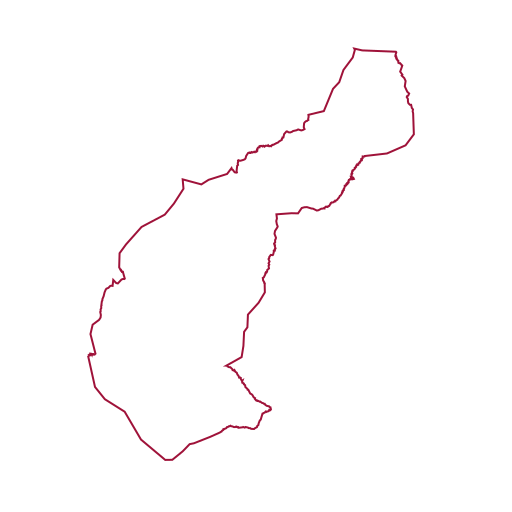 outline of O'mnodelger, Hentiy, Mongolia, rotated 76°
{"feature_id": "93677404B98015176307240", "entity_name": "O'mnodelger", "entity_type": "district", "adm_level": 2, "iso_a3": "MNG", "parent_name": "Mongolia", "parent_adm1": "Hentiy", "projection": "robinson", "projection_center": [109.533, 48.49], "detail": "fine", "context": "isolated", "style": "outline", "palette": "rose", "viewbox_px": 512, "rotation_deg": 76, "n_neighbors": 0, "source": "geoboundaries", "source_scale": "gbopen_adm2", "svg_char_len": 6105}
<svg xmlns="http://www.w3.org/2000/svg" viewBox="0 0 512 512"><g transform="rotate(76 256 256)"><path d="M176.1,73.4L155.5,69.0L153.5,69.0L151.8,68.2L150.0,69.0L146.8,68.9L146.5,70.1L144.6,71.2L142.9,71.2L140.3,70.6L138.3,71.3L137.5,70.9L137.2,69.5L135.4,68.1L133.2,69.5L127.4,70.6L122.4,68.5L119.2,69.1L116.2,71.0L115.5,70.1L112.0,71.5L107.3,68.4L106.6,68.5L106.4,68.1L103.7,69.6L103.8,70.1L103.0,71.1L101.0,70.7L100.7,71.2L99.8,71.3L99.6,71.7L98.8,72.0L98.7,71.6L98.1,71.5L97.7,72.0L96.0,72.4L95.9,71.7L94.7,72.0L92.3,70.6L91.7,70.8L91.5,71.3L82.2,103.2L78.5,110.5L79.9,110.2L86.8,114.1L96.6,126.1L107.5,133.2L112.4,140.8L131.8,155.1L131.7,171.0L133.8,171.3L135.3,172.1L136.7,172.3L136.8,173.0L137.3,173.8L137.3,174.9L138.0,176.3L138.8,177.2L142.6,178.5L144.6,178.2L145.1,180.2L145.1,181.7L143.4,184.5L143.8,186.2L143.7,189.8L144.2,191.1L144.4,193.0L143.8,194.6L142.8,195.4L142.5,196.3L144.5,199.2L147.5,200.7L147.4,201.6L148.2,201.9L148.4,202.5L149.5,202.8L150.5,206.0L151.3,207.4L151.4,209.1L151.7,209.5L151.9,211.0L152.3,211.9L152.1,213.0L152.4,213.3L152.3,213.8L153.1,214.8L152.7,215.1L152.7,216.7L151.5,217.4L152.0,218.0L151.3,219.8L151.9,221.2L151.3,221.4L150.8,222.2L151.3,222.6L151.4,223.1L150.5,224.0L150.2,225.5L150.4,226.2L151.4,226.3L151.3,227.7L152.0,228.6L152.6,228.6L152.9,229.3L153.5,229.6L154.3,229.3L155.0,230.3L154.5,231.5L155.0,231.9L154.5,232.6L154.8,232.9L154.5,234.1L154.7,234.5L154.1,235.2L154.5,235.7L154.3,236.2L154.7,236.5L154.5,237.2L154.0,237.4L154.1,238.7L156.5,241.3L158.7,242.5L159.4,243.4L159.7,245.0L159.8,247.9L159.7,248.6L158.8,249.8L159.0,250.4L160.5,250.6L161.5,251.3L163.3,251.4L163.8,252.4L168.9,254.3L170.3,254.3L170.4,254.6L169.8,256.2L169.3,256.6L166.7,257.7L166.3,258.4L164.8,258.5L169.4,264.2L170.6,283.5L173.3,291.7L163.9,308.6L173.2,310.1L185.3,323.0L193.8,334.5L200.1,360.0L213.3,379.3L220.3,387.7L233.9,391.5L237.2,390.7L237.0,390.3L238.5,389.9L238.9,389.2L239.3,389.5L239.5,389.0L246.2,388.8L246.5,389.4L246.1,390.7L246.3,392.2L249.2,396.7L248.4,398.2L244.7,400.3L250.3,402.4L249.8,403.6L249.8,404.7L251.2,406.9L251.5,409.0L252.1,409.8L254.6,411.7L258.2,413.6L260.6,415.4L262.1,415.9L262.6,416.5L265.9,417.8L266.3,417.7L267.0,418.3L269.2,418.8L270.2,419.7L272.1,420.1L272.6,420.7L275.7,420.8L278.1,421.7L280.0,423.7L283.1,431.1L291.7,435.5L311.9,435.4L312.1,435.9L312.5,436.2L312.6,436.9L312.3,437.4L312.3,437.8L311.7,437.8L311.6,438.2L311.8,438.7L311.4,439.2L311.7,439.3L311.0,439.5L310.7,440.3L311.4,440.3L311.1,440.7L311.3,441.3L311.5,441.0L312.2,441.1L312.1,441.6L312.9,443.1L344.1,443.9L358.4,437.3L375.3,421.1L406.3,412.0L431.9,393.4L433.5,386.5L427.8,374.4L422.5,365.9L422.7,361.6L420.4,344.2L418.5,333.6L418.1,332.8L418.1,332.0L417.3,331.2L417.0,330.1L416.1,329.5L416.4,329.0L416.1,328.3L416.0,327.2L415.8,326.4L415.0,325.6L415.0,324.1L414.6,323.4L414.8,322.9L414.5,321.8L415.1,321.4L415.7,320.0L416.6,318.9L416.9,317.7L416.7,316.7L417.1,316.5L417.0,315.9L417.6,315.4L417.7,314.7L418.4,314.6L418.5,314.1L419.0,310.1L418.8,309.8L419.8,308.4L419.4,307.5L420.6,305.2L421.2,304.8L421.6,303.3L422.5,302.6L423.4,299.7L422.8,298.6L422.3,296.5L421.2,295.9L420.6,294.6L419.0,293.9L416.5,292.1L415.9,291.0L410.6,287.9L410.7,287.5L410.2,286.9L410.1,285.5L409.2,284.2L409.8,283.5L409.5,283.1L409.7,282.0L409.3,280.7L408.6,280.4L409.1,279.4L408.4,278.6L406.4,278.6L406.3,279.2L405.1,279.6L403.9,281.9L402.5,283.1L401.5,283.3L401.3,284.1L400.5,284.7L400.0,285.7L398.3,287.1L398.4,287.5L397.1,288.9L397.1,289.6L396.5,290.4L396.1,290.3L396.0,290.9L394.3,291.7L393.7,291.3L392.4,292.5L390.3,293.0L389.2,293.6L388.0,294.9L384.0,295.8L383.7,296.5L382.8,296.5L380.6,298.0L378.7,297.8L377.6,298.8L377.0,298.6L376.4,298.9L375.6,300.0L374.4,299.8L373.5,299.2L373.7,299.8L373.5,300.0L371.4,300.5L370.8,300.3L370.7,300.7L370.0,300.9L369.9,301.8L367.8,302.0L366.6,302.7L364.6,302.9L363.4,304.0L361.5,304.5L361.9,305.1L361.4,305.4L361.1,306.3L360.2,306.3L357.7,307.8L357.4,309.0L356.2,310.4L355.4,310.5L355.2,311.2L350.6,294.4L340.3,290.0L326.7,285.9L323.1,281.6L310.9,278.0L302.0,264.8L293.4,256.2L285.8,254.5L285.0,254.1L284.3,254.2L284.0,254.6L283.2,254.4L281.5,255.0L278.9,254.7L278.6,253.6L276.0,251.4L274.9,251.1L274.5,250.6L274.6,250.3L274.3,250.2L274.6,249.8L273.8,249.0L272.3,248.5L271.2,246.4L268.6,246.2L267.6,245.2L266.1,245.6L264.7,244.2L262.0,244.6L261.3,243.7L260.3,243.5L258.5,241.4L259.2,239.6L258.9,239.1L255.9,237.5L255.3,237.6L255.0,237.2L255.2,236.4L254.2,236.4L253.6,235.9L253.8,235.6L253.4,235.2L251.3,235.4L250.1,234.9L249.5,235.5L248.2,235.4L247.6,234.2L245.1,233.6L244.0,232.6L243.0,232.2L239.0,232.7L236.3,231.5L233.3,228.3L232.5,227.8L230.2,228.1L227.0,227.9L224.6,226.6L220.5,226.1L223.1,211.1L224.8,204.9L220.5,200.0L220.4,197.3L220.9,194.7L223.4,190.6L223.8,189.3L226.6,186.0L226.7,184.3L225.9,181.2L226.2,179.5L225.9,178.4L226.2,178.1L225.9,178.0L225.8,177.5L225.1,176.6L225.5,175.5L225.2,175.5L225.5,174.0L225.1,173.6L225.1,172.8L223.4,171.2L223.3,170.8L222.7,170.6L222.3,169.5L222.6,169.0L222.6,167.7L222.1,167.2L222.2,165.9L221.5,165.8L221.6,165.2L221.0,163.4L220.1,162.6L219.5,161.4L217.9,160.1L217.8,159.3L215.8,157.2L215.2,157.2L214.9,156.4L214.1,155.9L214.0,156.4L213.8,156.3L213.7,155.9L213.1,155.4L213.1,154.7L212.0,154.6L211.4,153.8L209.9,153.0L209.7,152.4L209.2,152.6L209.1,151.4L208.3,151.1L208.5,150.7L208.1,150.4L208.2,150.1L207.5,150.0L207.7,149.4L207.1,148.3L206.1,148.1L206.0,148.4L204.6,147.5L204.7,146.9L204.3,146.4L204.5,145.9L204.0,145.8L203.9,144.8L203.7,144.8L204.9,144.0L204.9,142.4L203.5,142.7L202.8,143.5L202.9,144.0L201.9,144.4L200.9,143.7L200.2,143.8L199.8,143.2L199.3,143.3L199.2,142.8L198.7,143.0L197.4,142.0L197.1,142.2L196.6,141.9L196.6,141.5L196.3,141.5L195.7,139.6L194.8,138.6L194.3,138.7L194.2,138.0L193.5,137.6L193.6,137.2L192.3,136.7L192.0,136.1L192.2,135.6L191.8,135.5L192.1,135.1L192.1,134.6L190.9,134.1L190.7,133.3L190.2,132.9L190.4,132.6L189.6,132.1L189.5,131.6L188.7,131.2L188.6,130.6L187.9,130.5L188.3,130.0L187.3,129.7L187.2,129.4L186.5,129.0L186.6,128.8L185.2,128.4L185.7,127.0L185.7,126.6L185.3,126.3L188.2,104.1L184.8,84.1L176.1,73.4Z" fill="none" stroke="#9f1239" stroke-width="2"/></g></svg>